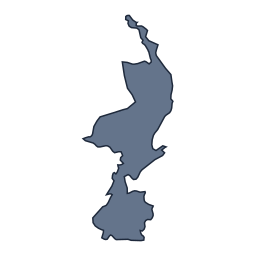 the border of Limburg
{"feature_id": "NLD-898", "entity_name": "Limburg", "entity_type": "Province", "adm_level": 1, "iso_a3": "NLD", "parent_name": "Netherlands", "parent_adm1": "", "projection": "mercator", "projection_center": [5.902, 51.263], "detail": "fine", "context": "isolated", "style": "filled", "palette": "slate", "viewbox_px": 256, "rotation_deg": 0, "n_neighbors": 0, "source": "natural_earth", "source_scale": "10m", "svg_char_len": 2582}
<svg xmlns="http://www.w3.org/2000/svg" viewBox="0 0 256 256"><path d="M137.1,22.4L136.3,23.2L136.2,25.5L137.5,26.1L141.5,26.0L143.1,26.8L146.1,29.1L147.5,30.5L145.6,36.7L148.8,40.7L158.0,44.8L156.4,49.8L155.7,52.9L156.3,55.6L165.4,68.2L170.9,74.6L171.9,81.8L172.6,85.8L172.1,90.1L171.0,94.8L170.8,98.8L172.9,101.3L172.1,103.2L171.7,108.0L170.9,110.7L169.6,112.7L166.1,115.1L164.7,116.5L157.7,129.5L154.8,133.0L153.4,135.4L152.2,139.8L151.8,144.7L152.8,148.7L156.0,150.5L162.8,145.8L166.0,146.9L164.9,147.5L161.7,150.1L164.6,152.8L162.6,155.5L154.8,159.7L142.1,169.7L140.3,171.8L137.7,177.3L136.0,179.2L133.5,179.5L131.6,177.8L130.0,175.7L128.1,174.6L124.3,176.6L125.1,181.7L127.2,188.0L127.3,193.4L129.2,193.1L132.7,191.3L134.6,190.8L136.5,191.0L140.1,192.2L145.0,191.6L145.3,192.8L144.4,194.6L143.9,196.4L144.1,199.5L144.5,201.2L145.5,202.4L148.7,204.4L153.2,206.0L152.9,206.9L152.2,208.0L151.9,209.5L153.1,213.9L153.1,215.7L152.2,217.9L150.7,219.7L147.6,219.5L145.7,220.5L144.5,222.7L144.7,224.6L145.0,226.6L144.2,229.1L142.3,231.0L140.2,230.5L140.8,233.2L141.8,235.0L143.2,236.0L144.1,237.3L143.8,240.1L141.0,240.6L131.1,240.3L129.6,239.8L128.0,239.3L116.2,239.6L114.8,238.7L112.0,235.6L110.6,235.0L109.4,236.0L107.9,238.2L107.2,239.2L105.8,239.5L104.3,239.2L101.8,237.8L103.3,232.8L103.5,230.3L101.4,229.6L98.4,228.2L97.6,227.6L95.3,226.0L93.1,222.7L92.8,217.9L102.7,206.8L104.3,206.2L105.8,205.6L106.5,205.1L108.3,202.4L110.6,197.4L112.2,194.7L110.9,193.9L109.5,193.9L106.5,194.7L111.9,186.1L114.0,180.8L112.2,178.3L112.5,175.4L113.2,173.3L114.3,172.6L115.9,173.9L117.0,172.5L117.7,171.0L118.7,168.0L118.3,167.1L118.1,166.5L117.8,164.9L119.3,165.0L120.8,164.8L122.1,164.3L123.4,163.4L120.3,160.1L120.7,157.6L122.6,155.7L122.3,154.6L121.1,151.8L118.8,151.7L114.6,152.7L112.7,151.2L109.9,147.2L107.6,145.9L105.9,145.7L100.2,146.9L97.8,146.9L96.3,145.8L95.0,144.3L93.2,143.0L85.4,140.7L83.1,138.7L85.4,137.8L88.7,136.8L89.9,136.9L90.9,136.4L91.9,135.4L92.6,133.8L93.9,126.5L96.3,122.2L97.2,120.7L100.1,116.9L113.4,112.8L123.1,109.7L127.4,108.6L130.5,106.0L135.5,101.9L132.2,94.8L127.5,88.3L124.4,75.7L122.3,61.9L127.2,62.4L132.4,64.1L134.0,64.2L137.7,63.6L144.4,61.2L145.8,61.6L149.1,63.9L151.2,62.0L151.2,60.2L150.4,58.4L148.8,51.8L148.2,50.9L148.0,50.1L145.3,45.5L144.1,44.3L142.7,43.4L142.0,42.3L143.0,40.2L140.8,37.8L139.0,29.8L136.9,28.1L131.4,27.6L129.2,26.2L128.0,23.5L128.4,20.8L125.7,19.5L125.8,16.5L127.0,15.6L128.3,15.4L129.0,15.4L129.4,15.5L130.0,16.4L132.5,19.7L133.0,20.2L136.5,22.6L136.9,22.4L137.1,22.4Z" fill="#64748b" stroke="#1e293b" stroke-width="1.5"/></svg>